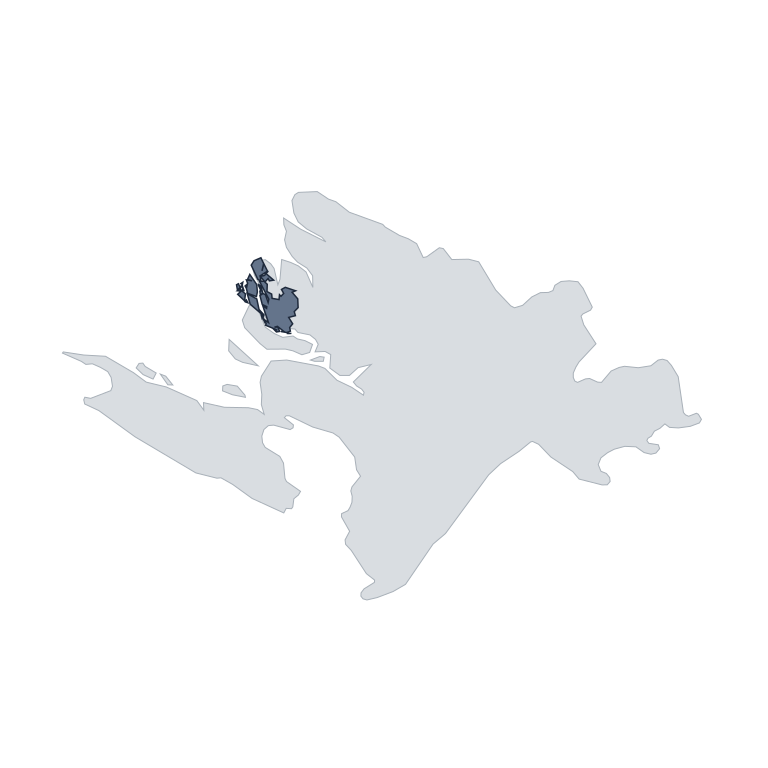 Patuakhali, Barisal, Bangladesh (highlighted), rotated 128°
{"feature_id": "16705992B49808088196813", "entity_name": "Patuakhali", "entity_type": "district", "adm_level": 2, "iso_a3": "BGD", "parent_name": "Bangladesh", "parent_adm1": "Barisal", "projection": "orthographic", "projection_center": [90.354, 22.181], "detail": "medium", "context": "in_parent", "style": "filled", "palette": "slate", "viewbox_px": 768, "rotation_deg": 128, "n_neighbors": 0, "source": "geoboundaries", "source_scale": "gbopen_adm2", "svg_char_len": 5656}
<svg xmlns="http://www.w3.org/2000/svg" viewBox="0 0 768 768"><g transform="rotate(128 384 384)"><path d="M270.0,534.2L270.0,517.1L259.0,483.3L259.6,479.6L257.4,463.3L254.6,454.3L253.3,444.7L260.2,431.0L257.5,428.7L242.6,424.3L240.8,420.7L244.2,407.2L233.6,394.2L229.4,384.6L241.2,353.8L244.4,332.3L243.6,328.1L236.7,323.2L224.3,321.1L215.7,317.0L210.6,310.8L206.4,308.4L201.0,310.1L194.2,307.6L188.6,301.5L184.0,294.1L186.0,286.1L195.2,267.2L198.6,266.7L206.3,270.4L209.2,270.5L214.4,263.0L221.8,241.7L246.6,243.9L252.6,243.2L258.8,241.6L262.3,238.9L264.2,235.5L263.6,232.5L256.0,228.4L253.1,225.4L251.0,216.8L248.8,213.6L233.9,213.0L226.2,208.9L222.0,205.4L214.6,193.6L205.3,184.9L196.4,182.7L193.0,179.8L191.2,175.4L192.4,169.0L197.1,156.7L222.1,130.5L222.7,127.5L221.9,124.1L214.7,119.8L214.3,117.7L216.4,112.1L220.5,111.5L228.8,116.6L237.3,124.9L242.4,132.3L242.5,138.1L249.1,139.3L254.7,141.9L260.5,141.2L264.2,142.6L266.7,142.1L267.7,138.8L263.0,130.4L265.3,127.0L271.0,127.2L275.0,130.4L277.9,136.8L278.4,146.8L284.9,155.9L293.6,162.4L300.4,165.5L308.6,167.6L315.6,165.6L319.2,159.3L317.6,153.7L318.8,148.6L321.6,145.8L326.0,146.0L329.3,150.1L338.8,171.7L336.8,181.3L338.8,207.6L336.3,225.0L337.8,231.6L339.4,232.8L353.9,236.1L375.0,243.1L391.1,245.6L464.0,243.5L480.0,246.8L528.6,243.7L542.0,249.1L556.5,257.9L564.7,264.5L566.2,268.3L565.4,271.6L562.7,273.5L557.7,273.6L546.2,269.4L544.3,270.7L544.3,281.1L535.3,307.3L534.0,315.5L530.8,318.7L521.2,320.4L514.9,335.7L512.3,337.6L505.9,334.4L502.0,334.9L497.0,336.4L492.1,339.9L488.7,344.3L484.8,345.9L471.1,345.7L468.5,352.8L459.6,362.1L453.5,386.6L454.0,394.1L461.8,413.7L467.3,439.0L469.3,441.6L471.9,441.8L472.0,430.2L474.5,428.7L477.7,429.9L484.3,445.6L488.0,449.5L493.8,450.6L500.3,448.2L505.1,443.5L507.1,438.6L505.2,421.5L508.2,414.5L519.3,404.0L520.9,400.8L520.0,383.7L524.2,383.1L529.9,384.4L537.0,380.2L539.2,380.1L542.2,384.5L547.3,383.6L555.4,417.5L556.3,441.4L558.3,454.7L561.1,457.7L569.9,477.5L578.9,547.7L580.5,592.3L584.0,607.5L581.3,610.9L578.6,611.6L575.9,606.3L557.4,595.2L553.0,596.5L546.8,603.1L544.3,609.3L545.5,617.8L547.6,626.2L552.1,631.0L552.5,636.4L557.6,656.4L556.2,656.5L546.0,638.4L533.6,620.5L529.3,588.4L528.9,572.5L520.4,553.8L512.3,521.3L515.6,509.8L509.8,514.8L500.6,495.4L486.2,476.3L482.0,467.9L481.7,459.7L475.7,468.0L467.4,473.9L458.9,482.7L453.3,485.4L435.4,487.1L425.0,475.4L410.1,446.7L408.1,440.2L410.0,423.4L406.5,407.4L405.5,393.3L402.8,394.6L401.8,398.5L402.4,404.4L401.3,409.4L376.5,406.1L387.1,414.5L398.5,416.5L404.4,424.0L404.8,436.5L393.6,444.1L394.6,450.4L401.1,458.1L393.2,460.3L391.0,465.4L390.9,472.6L396.4,483.6L395.5,488.0L404.9,502.4L406.7,509.3L404.4,519.1L384.0,539.0L378.1,553.0L373.0,559.6L366.7,560.8L359.1,554.1L359.0,547.3L360.6,541.8L371.2,528.7L365.4,530.5L348.9,541.3L345.7,532.5L343.7,524.3L343.7,514.4L351.7,499.5L342.6,506.9L340.1,516.2L341.2,527.1L340.0,534.9L336.4,545.0L331.6,551.1L323.7,554.9L320.2,560.9L315.0,565.3L313.3,544.9L307.8,517.3L306.6,523.2L309.4,540.3L309.1,551.4L304.8,560.2L296.1,569.5L289.6,570.8L285.7,569.4L273.5,555.1L272.5,541.6L270.0,534.2ZM420.9,535.0L405.7,538.4L397.9,537.4L412.3,512.6L411.8,501.5L409.6,492.5L402.2,485.2L401.8,480.0L398.5,473.0L396.8,464.7L404.9,462.0L411.5,466.7L413.9,476.1L417.2,483.2L428.7,497.7L428.5,506.6L425.4,528.4L420.9,535.0ZM453.5,526.8L444.2,533.5L447.1,494.3L454.0,508.8L455.8,516.6L453.5,526.8ZM488.8,507.0L484.8,509.8L480.9,507.4L476.0,498.3L478.4,486.7L479.8,485.0L485.8,496.8L488.8,507.0ZM523.9,589.2L518.6,589.7L516.0,586.9L517.2,583.0L515.6,570.3L522.3,569.0L524.9,579.6L523.9,589.2ZM517.7,553.8L513.9,566.4L512.2,560.8L514.8,549.8L517.7,553.8ZM408.8,452.6L410.4,456.7L401.9,451.5L399.7,447.7L403.5,445.8L408.8,452.6Z" fill="#d9dde1" stroke="#a8b0b8" stroke-width="1"/><path d="M366.9,544.7L366.8,545.0L368.0,545.6L371.6,544.9L372.7,545.4L375.3,547.9L376.6,541.5L379.8,545.2L388.0,527.0L391.1,525.5L386.7,532.3L387.1,535.1L390.7,536.2L396.3,528.9L395.2,524.0L396.7,523.1L396.9,527.8L406.7,512.9L406.9,517.6L409.1,513.9L410.6,513.5L407.2,501.3L408.8,504.0L409.2,500.8L406.8,498.6L404.5,502.8L406.7,505.3L404.2,503.5L404.2,495.5L406.1,497.5L403.3,492.3L400.0,490.3L397.6,493.1L392.8,493.0L390.2,500.1L384.7,495.9L382.2,499.3L376.7,498.7L370.0,504.4L368.3,512.9L365.0,511.1L368.6,521.3L372.6,523.0L374.4,518.8L378.3,519.2L378.0,521.3L382.1,518.7L385.4,524.9L382.3,527.9L383.2,533.1L377.3,537.4L377.0,540.6L372.2,540.3L373.3,537.8L370.1,534.9L369.6,545.0L366.9,544.7ZM379.2,547.9L378.6,544.4L375.1,548.2L366.8,545.3L363.3,552.6L370.0,549.8L363.2,553.0L360.3,558.7L366.8,562.3L372.1,561.8L379.2,547.9ZM396.5,547.3L393.6,538.4L389.5,540.4L384.0,545.5L380.3,557.2L385.7,555.9L383.9,551.5L386.7,556.5L388.6,553.5L393.5,551.2L396.5,547.3ZM404.1,526.1L395.3,536.6L397.0,547.4L403.5,538.6L404.1,526.1ZM404.3,545.0L398.3,548.7L398.1,553.7L403.4,554.5L404.3,545.0ZM400.2,557.3L396.4,556.9L394.7,560.5L396.6,561.3L400.2,557.3ZM387.2,539.0L390.0,536.2L387.0,535.6L382.6,541.4L382.8,543.3L385.1,538.8L386.3,538.3L387.2,539.0ZM407.2,520.5L404.4,520.8L404.6,522.1L404.2,524.0L403.4,525.5L407.2,520.5ZM400.8,557.0L399.0,554.2L396.9,556.1L400.8,557.0ZM383.6,543.5L386.2,538.5L382.6,544.3L383.6,543.5ZM389.8,553.3L392.3,553.8L393.1,551.9L389.8,553.3ZM403.8,541.4L402.5,544.2L404.5,544.7L404.7,543.9L403.8,541.4ZM404.1,491.8L402.5,489.7L401.1,488.1L404.1,491.8ZM390.8,557.9L393.0,558.6L392.9,556.8L390.8,557.9ZM395.6,553.8L397.6,553.7L396.6,552.0L395.6,553.8ZM393.6,556.4L395.1,557.0L395.2,554.0L393.6,556.4ZM407.3,518.9L409.4,514.7L406.5,519.0L407.3,518.9ZM402.7,525.4L404.1,523.7L404.2,521.0L403.4,521.4L402.7,525.4Z" fill="#64748b" stroke="#1e293b" stroke-width="1.5"/></g></svg>